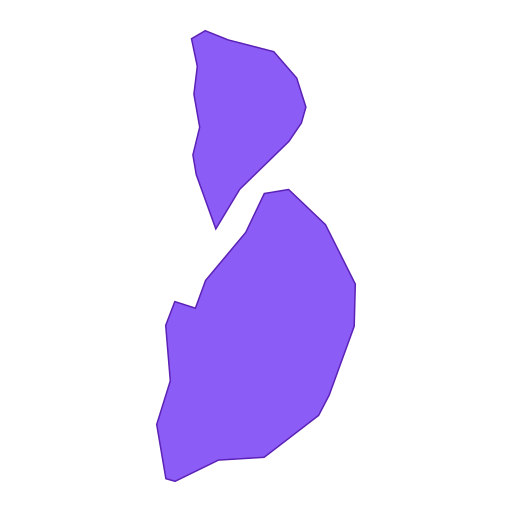 Murillo, Federated States of Micronesia
{"feature_id": "79324940B22621558301948", "entity_name": "Murillo", "entity_type": "district", "adm_level": 2, "iso_a3": "FSM", "parent_name": "Federated States of Micronesia", "parent_adm1": "", "projection": "natural_earth1", "projection_center": [152.34, 8.694], "detail": "fine", "context": "isolated", "style": "filled", "palette": "violet", "viewbox_px": 512, "rotation_deg": 0, "n_neighbors": 0, "source": "geoboundaries", "source_scale": "gbopen_adm2", "svg_char_len": 546}
<svg xmlns="http://www.w3.org/2000/svg" viewBox="0 0 512 512"><path d="M318.6,415.4L329.2,395.1L354.2,326.3L355.3,284.1L325.5,224.7L288.6,189.5L264.3,193.5L245.8,232.3L205.6,280.4L195.4,308.2L174.8,301.6L165.7,325.4L170.3,380.9L156.7,424.5L165.9,478.7L175.1,481.3L218.4,460.1L264.1,457.3L318.6,415.4ZM215.8,228.9L239.8,189.2L288.8,141.5L301.4,123.0L305.9,107.1L296.7,78.1L273.8,51.7L228.1,39.9L205.2,30.7L191.5,38.7L197.3,66.4L193.9,94.2L199.7,127.2L192.9,154.9L196.2,174.5L215.8,228.9Z" fill="#8b5cf6" stroke="#5b21b6" stroke-width="1.5"/></svg>